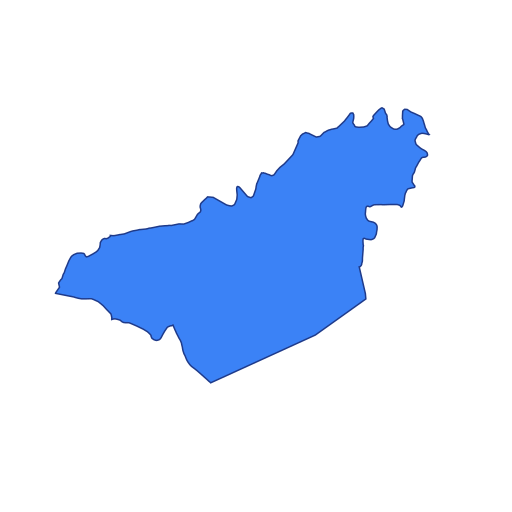 outline of H'Erelle, Laborie, Saint Lucia, rotated 252°
{"feature_id": "8701671B98929881441736", "entity_name": "H'Erelle", "entity_type": "district", "adm_level": 2, "iso_a3": "LCA", "parent_name": "Saint Lucia", "parent_adm1": "Laborie", "projection": "mercator", "projection_center": [-60.985, 13.756], "detail": "fine", "context": "isolated", "style": "filled", "palette": "blue", "viewbox_px": 512, "rotation_deg": 252, "n_neighbors": 0, "source": "geoboundaries", "source_scale": "gbopen_adm2", "svg_char_len": 6120}
<svg xmlns="http://www.w3.org/2000/svg" viewBox="0 0 512 512"><g transform="rotate(252 256 256)"><path d="M213.8,350.8L213.7,351.6L214.4,353.0L215.2,353.8L216.1,354.2L217.7,355.3L218.5,355.7L221.4,356.7L229.1,359.9L231.0,360.5L232.7,361.4L233.6,361.4L237.1,362.3L237.9,362.6L239.2,363.2L239.4,363.6L239.4,364.3L239.1,364.9L238.7,365.2L238.0,366.1L236.3,369.6L236.0,370.4L235.9,371.1L236.1,373.2L236.7,374.5L239.6,377.1L240.3,377.5L241.4,378.0L243.8,379.3L246.0,380.1L246.9,380.3L248.1,380.3L250.0,379.7L251.0,378.9L252.0,377.9L252.6,376.9L253.2,375.9L253.6,375.2L254.1,374.5L254.5,374.0L255.9,373.1L256.8,373.0L257.6,372.6L258.8,372.6L260.0,372.6L262.0,372.9L263.1,373.3L263.9,373.7L264.7,374.0L265.9,374.5L267.8,375.4L268.3,375.8L268.6,376.1L269.0,377.0L268.8,377.9L268.4,378.4L267.7,379.3L267.6,379.8L267.7,380.7L267.9,381.6L268.2,383.4L268.2,384.1L267.9,385.4L266.2,391.0L265.7,392.1L265.2,393.6L263.9,398.2L263.3,400.2L261.3,406.3L260.3,407.7L259.9,408.2L259.2,408.7L258.8,408.9L258.3,409.0L257.6,409.3L257.5,409.5L257.8,410.4L258.8,411.3L262.7,414.0L263.9,414.5L266.9,415.9L267.4,416.1L269.6,417.5L270.4,418.4L271.4,419.2L272.5,420.5L272.8,421.0L272.9,421.9L272.7,423.9L272.6,425.4L272.3,427.2L272.3,427.7L272.5,428.3L273.4,428.7L275.0,428.1L276.3,427.8L278.0,427.3L279.7,427.8L280.3,428.1L284.0,429.6L285.2,430.6L286.1,431.8L286.9,432.6L289.1,434.1L290.0,434.6L290.7,435.2L291.9,436.6L294.9,439.7L296.1,441.3L297.1,442.4L297.8,443.3L298.2,444.0L298.3,445.0L298.2,445.6L298.0,446.3L297.8,447.6L297.9,448.5L298.2,449.4L298.6,450.1L299.6,450.5L301.2,450.6L302.6,450.1L303.6,449.4L304.5,448.7L306.2,447.0L306.9,446.4L308.1,445.5L309.4,444.7L312.2,443.0L313.4,442.7L315.0,442.8L316.0,442.8L316.6,442.9L317.4,443.3L318.1,443.9L319.8,445.8L320.4,446.3L320.9,447.2L321.4,448.3L321.5,450.1L321.5,451.0L321.4,451.9L321.0,452.8L320.7,453.5L319.4,455.8L318.0,457.8L318.0,458.2L318.4,458.0L319.1,457.8L321.5,457.3L323.7,457.1L325.1,456.7L326.4,456.7L328.8,456.8L330.8,456.8L332.6,456.9L334.2,456.8L335.1,456.8L335.3,456.7L336.1,456.6L337.7,455.9L338.8,454.8L339.7,453.8L342.6,450.7L345.1,447.8L348.6,445.1L349.1,444.0L349.6,442.7L348.9,440.9L348.5,440.6L348.4,440.3L344.3,438.7L342.2,438.0L341.6,437.7L340.8,437.8L335.7,437.4L335.3,437.0L334.9,435.5L334.4,434.1L333.9,433.2L333.6,432.6L333.0,429.5L333.3,428.2L334.0,426.5L334.6,425.8L337.2,423.7L338.1,423.3L340.7,422.6L343.7,422.8L347.5,423.5L348.1,423.8L349.2,423.9L350.1,423.9L350.8,423.6L351.2,423.5L351.9,423.3L356.1,423.3L357.0,422.5L357.3,422.3L358.0,421.6L357.9,420.5L357.0,417.9L355.9,415.8L353.6,411.7L353.0,410.9L352.7,410.4L351.6,410.2L350.9,410.2L350.5,410.2L348.7,407.4L347.2,404.7L345.7,402.4L345.4,401.7L345.4,399.6L345.4,398.3L346.6,393.6L347.8,391.1L348.6,390.1L350.1,390.0L351.1,389.6L352.3,389.3L353.1,389.3L353.7,389.6L356.6,391.4L357.1,391.5L357.8,391.9L360.2,392.6L360.9,392.4L361.6,392.4L362.0,392.3L362.1,391.9L362.4,391.6L362.5,390.5L362.6,390.0L362.4,389.6L361.1,387.9L359.1,385.0L358.1,383.4L357.0,381.9L353.5,374.6L353.4,374.1L352.9,373.3L352.6,372.7L352.7,371.2L353.0,368.2L353.2,367.1L353.2,365.6L353.3,364.0L353.1,362.3L352.7,360.6L352.5,358.9L350.3,354.7L350.2,354.5L350.0,353.7L350.5,350.1L355.1,345.3L356.4,344.1L356.6,343.5L358.1,341.3L357.8,340.0L357.6,337.9L357.0,336.7L356.8,336.3L356.6,335.7L352.7,331.7L352.1,331.4L351.8,331.4L350.6,331.0L349.8,330.3L341.5,322.9L340.8,322.1L335.0,311.6L334.8,311.2L332.9,306.2L330.6,302.1L328.4,299.3L327.5,297.9L327.5,295.8L328.1,294.8L329.2,293.7L330.2,292.2L332.0,290.1L332.2,289.4L332.8,288.9L332.9,287.8L333.3,287.0L332.5,286.2L332.3,285.8L331.4,284.8L330.2,284.0L324.9,279.5L324.6,279.1L322.0,277.6L320.7,277.0L319.6,276.4L314.3,272.4L313.6,271.6L313.0,269.4L313.2,268.9L314.8,266.7L315.4,266.2L315.8,266.0L325.9,261.8L326.2,261.6L326.5,261.4L327.2,261.0L327.8,259.9L327.5,259.2L326.3,258.5L324.6,258.0L319.9,257.0L316.4,255.5L315.5,255.0L312.1,252.0L311.5,251.3L311.1,249.4L311.1,248.1L311.8,246.7L312.5,245.5L313.7,243.7L325.0,233.4L325.7,231.7L326.2,230.7L326.4,230.1L327.2,228.2L326.3,226.6L325.4,224.4L324.9,223.5L323.9,221.4L323.5,220.6L322.7,219.5L322.5,219.4L321.3,218.6L319.8,218.0L317.9,217.9L316.6,217.7L315.4,216.9L315.1,216.6L314.3,214.5L313.8,213.4L313.5,213.0L310.1,209.2L309.7,208.5L309.2,206.4L309.3,205.8L308.8,202.0L308.7,197.1L310.3,192.7L311.2,184.8L311.7,183.6L312.0,182.7L312.2,181.2L312.9,178.8L313.0,178.3L313.7,175.3L313.7,174.9L313.9,174.5L314.0,174.2L314.0,173.9L314.1,173.7L314.6,168.9L315.1,164.7L315.5,162.9L315.5,161.3L315.7,159.5L316.9,154.1L317.0,153.8L317.1,153.5L317.3,150.9L317.9,146.7L318.0,144.6L317.7,137.6L318.3,133.8L318.5,133.1L318.6,131.7L319.1,127.9L319.5,126.3L320.6,123.8L319.7,123.6L318.7,120.5L318.7,118.9L319.5,117.4L319.4,115.8L318.8,114.2L316.9,112.1L314.7,111.2L312.3,109.9L310.1,107.2L309.2,105.0L308.4,101.7L307.4,96.2L307.6,94.4L308.9,93.7L310.9,93.4L311.7,92.9L312.9,90.5L313.9,86.7L313.6,83.1L312.9,80.9L312.1,79.6L309.2,76.5L305.4,73.3L302.6,70.8L299.4,68.5L298.1,67.0L294.4,64.4L293.8,63.1L292.4,61.2L291.3,59.9L287.1,59.5L286.8,59.2L284.7,56.4L282.8,54.0L282.4,53.8L273.3,70.1L272.4,71.3L270.5,74.3L269.2,76.8L267.9,80.7L266.8,84.5L266.2,86.3L264.7,88.2L263.2,89.8L261.3,91.9L256.0,95.3L251.3,97.4L245.8,100.1L244.3,100.1L242.9,99.9L242.2,99.9L240.2,99.2L240.2,100.0L240.1,101.4L239.7,102.7L238.8,104.3L237.6,106.1L236.9,107.0L234.8,108.3L233.7,109.5L232.9,111.2L232.1,113.7L231.7,114.7L229.4,117.4L226.2,121.0L221.1,126.3L219.2,127.9L217.6,129.3L216.4,130.0L214.7,130.9L213.0,131.6L212.0,131.4L210.5,131.5L209.7,131.7L207.9,133.1L206.8,134.6L206.4,135.4L206.3,136.7L206.3,138.1L206.8,139.4L207.8,140.7L210.0,142.9L212.8,146.0L215.6,149.6L215.9,151.1L216.0,153.4L215.7,154.3L216.0,155.7L214.9,155.8L211.1,156.1L208.6,156.4L207.3,156.5L203.7,157.1L202.1,157.3L199.0,158.0L197.7,158.1L196.1,158.2L195.0,158.0L193.5,157.9L192.0,157.8L191.0,157.6L188.6,157.3L185.3,157.3L183.0,157.7L181.1,157.8L178.6,158.0L176.2,158.5L173.1,159.5L171.9,160.1L171.0,160.5L167.6,162.9L165.2,164.5L153.8,171.2L151.6,172.4L149.9,173.5L149.4,173.7L162.5,288.0L181.2,347.2L186.4,348.4L213.8,350.8Z" fill="#3b82f6" stroke="#1e3a8a" stroke-width="1.5"/></g></svg>